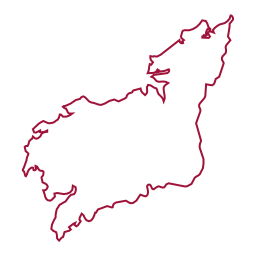 La Coruña, Albers equal-area conic projection
{"feature_id": "ESP-5827", "entity_name": "La Coruña", "entity_type": "Autonomous Community", "adm_level": 1, "iso_a3": "ESP", "parent_name": "Spain", "parent_adm1": "", "projection": "albers", "projection_center": [-8.526, 43.162], "detail": "fine", "context": "isolated", "style": "outline", "palette": "rose", "viewbox_px": 256, "rotation_deg": 0, "n_neighbors": 0, "source": "natural_earth", "source_scale": "10m", "svg_char_len": 4498}
<svg xmlns="http://www.w3.org/2000/svg" viewBox="0 0 256 256"><path d="M96.0,212.7L95.1,212.7L94.2,215.5L92.9,218.3L91.2,220.4L88.9,221.2L86.4,220.2L84.8,218.0L83.5,215.2L81.7,213.7L79.8,217.4L79.4,219.6L80.7,221.2L77.9,225.3L76.3,226.3L74.4,224.8L75.2,222.9L73.3,223.8L69.0,227.2L70.8,229.5L69.3,230.7L64.6,232.0L64.2,233.0L63.1,237.0L62.0,237.4L61.0,238.4L59.1,240.6L57.1,238.4L56.9,235.1L56.2,232.2L53.3,230.9L51.3,228.9L52.0,224.6L54.0,220.1L55.6,217.4L55.6,215.3L56.0,212.6L56.8,209.1L58.3,207.0L58.9,205.7L60.0,204.5L61.5,203.9L61.8,203.5L65.6,201.4L69.0,196.7L71.0,194.9L74.1,194.1L75.0,192.9L75.9,190.1L75.6,187.2L72.8,185.7L72.3,189.8L70.2,192.3L67.2,193.6L63.8,194.1L57.2,193.0L54.4,193.6L54.9,196.6L51.8,199.8L50.2,200.7L47.7,200.2L46.0,198.6L45.1,196.3L44.4,193.5L43.2,190.3L44.8,190.3L46.1,189.7L47.0,188.4L47.8,186.7L46.7,184.6L44.9,183.4L42.5,182.3L42.3,180.9L41.7,178.6L41.5,177.5L41.8,176.8L43.0,175.5L43.3,174.4L43.5,172.8L43.4,171.6L42.5,170.9L40.3,170.7L39.1,169.9L37.1,166.6L35.5,165.9L35.5,167.0L36.2,168.9L35.4,170.0L34.2,170.3L33.6,170.1L33.0,167.7L31.8,167.5L30.3,168.4L29.1,169.5L28.1,171.0L26.8,174.6L25.9,176.2L25.3,175.8L24.1,171.6L22.9,170.6L22.9,169.5L23.8,167.8L26.5,160.3L26.6,159.2L26.9,157.8L27.4,156.4L27.9,155.4L28.4,153.8L27.6,152.7L25.7,151.2L24.7,147.0L25.8,146.0L27.5,146.0L28.4,144.4L29.2,141.2L30.7,139.7L32.2,138.6L32.9,136.5L34.8,138.2L36.5,138.7L38.2,138.1L40.1,136.5L40.8,135.6L41.1,134.7L41.6,133.8L42.8,132.9L43.9,132.4L44.8,132.1L47.2,131.8L47.2,130.5L45.0,131.6L42.1,132.2L40.0,132.0L40.1,130.5L35.9,132.6L34.1,132.3L32.9,129.2L39.2,123.3L43.3,121.0L48.2,123.2L50.4,123.2L52.8,122.7L54.4,122.0L56.1,120.6L57.8,119.6L59.1,117.2L59.8,114.5L60.8,114.5L63.1,116.7L66.6,116.6L70.0,115.2L72.3,113.5L69.5,113.6L68.0,112.6L66.1,108.6L65.5,108.6L63.9,107.7L62.9,106.7L63.8,106.1L65.1,106.0L70.4,103.7L75.9,100.0L80.0,98.9L80.9,97.6L82.0,96.8L83.4,96.4L85.1,97.3L89.2,101.5L91.4,102.5L93.7,102.9L98.7,104.6L101.1,104.9L104.7,103.6L109.3,101.0L114.2,99.5L118.6,101.4L125.4,98.2L126.5,97.1L126.9,95.5L128.0,94.1L129.3,93.2L131.9,92.5L132.5,91.8L132.8,91.0L133.5,90.4L140.6,88.5L141.1,90.8L142.3,92.6L145.1,95.1L146.8,93.1L147.2,91.5L146.9,87.3L148.1,84.9L150.7,85.4L154.4,87.8L156.3,88.4L157.1,90.0L157.6,92.0L158.5,94.0L161.5,96.9L162.8,98.7L163.7,101.4L164.7,98.5L164.6,95.8L163.7,90.3L163.7,87.6L164.4,86.0L165.8,84.7L168.2,83.0L165.6,81.8L163.2,81.5L158.9,81.8L156.6,81.1L153.5,77.7L151.4,76.8L153.8,74.9L166.8,73.2L167.7,72.8L168.6,72.0L169.2,70.8L169.0,69.5L168.4,69.4L165.4,70.7L157.5,72.1L158.0,71.4L158.4,71.2L159.3,70.7L158.8,70.3L157.5,69.5L156.0,71.9L153.4,72.9L147.7,73.2L148.7,70.5L149.2,66.7L149.8,64.1L151.3,64.7L153.0,62.3L152.0,61.3L150.9,59.9L150.3,58.1L150.3,56.2L150.8,56.2L153.1,56.6L153.9,56.2L157.0,56.6L160.7,54.7L179.4,40.1L179.9,42.1L181.0,43.1L182.4,43.3L183.9,42.6L182.6,42.7L182.1,42.6L182.1,41.5L182.7,41.1L183.3,40.5L183.9,40.1L181.4,38.1L181.0,36.2L181.6,34.3L182.1,32.2L182.9,30.7L184.8,30.2L189.1,30.3L192.9,29.1L196.6,26.9L199.7,23.9L202.2,20.4L205.8,21.0L207.3,23.5L208.3,26.7L210.3,29.0L210.3,30.1L209.5,29.7L208.2,29.3L207.6,29.0L206.7,30.5L206.1,32.1L206.0,33.7L206.8,35.0L205.5,36.0L205.1,35.9L204.1,35.0L203.3,35.9L202.9,36.1L202.3,36.4L202.3,37.6L208.8,37.9L210.0,36.5L207.6,32.7L209.1,31.6L210.6,31.5L213.8,32.6L213.5,32.0L213.2,30.7L212.9,30.1L214.7,28.0L217.0,26.1L219.6,24.5L224.7,23.1L227.4,21.2L229.6,18.7L230.4,16.0L230.9,15.4L231.8,15.9L232.7,17.2L233.1,19.1L232.6,20.1L229.6,23.8L229.6,26.4L228.0,36.6L230.4,40.2L226.2,45.3L225.6,47.1L226.1,50.3L225.9,52.3L225.5,53.2L222.5,56.4L221.9,58.0L221.9,59.6L223.4,62.3L223.7,63.0L223.5,63.9L219.2,76.8L215.8,78.9L214.5,82.9L213.6,84.4L212.1,85.3L206.1,84.3L205.3,96.1L204.4,98.1L199.8,103.5L199.2,104.7L199.1,106.2L199.5,107.6L200.0,108.7L200.4,109.8L200.3,111.5L196.1,123.2L201.0,140.5L200.7,142.0L200.1,143.4L199.7,145.4L199.7,147.7L203.5,159.1L203.5,163.7L202.9,168.2L199.8,174.2L198.6,175.3L195.9,176.8L194.7,177.8L191.5,183.9L187.2,186.2L185.1,186.5L168.7,183.3L166.4,184.3L164.8,186.7L164.1,187.3L162.7,187.6L158.6,186.3L157.2,186.8L153.7,189.2L152.5,189.0L151.7,187.8L151.1,186.3L150.3,185.0L149.5,184.6L148.5,184.7L147.6,185.2L147.1,186.3L147.2,187.2L147.9,190.5L148.0,192.6L147.6,194.4L146.8,195.7L145.4,196.4L140.3,194.7L136.4,200.6L133.3,202.8L131.7,203.2L129.8,203.0L125.9,200.7L116.0,202.5L113.9,203.8L113.2,205.0L112.9,206.0L112.8,206.7L112.7,207.2L112.0,207.5L107.2,206.1L97.9,209.5L96.0,212.7Z" fill="none" stroke="#9f1239" stroke-width="2"/></svg>